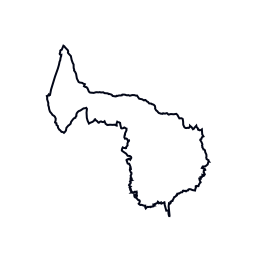 outline of Poieni, Cluj, Romania, rotated 74°
{"feature_id": "2599482B79403381618671", "entity_name": "Poieni", "entity_type": "district", "adm_level": 2, "iso_a3": "ROU", "parent_name": "Romania", "parent_adm1": "Cluj", "projection": "natural_earth1", "projection_center": [22.871, 46.852], "detail": "fine", "context": "isolated", "style": "outline", "palette": "ink", "viewbox_px": 256, "rotation_deg": 74, "n_neighbors": 0, "source": "geoboundaries", "source_scale": "gbopen_adm2", "svg_char_len": 5890}
<svg xmlns="http://www.w3.org/2000/svg" viewBox="0 0 256 256"><g transform="rotate(74 128 128)"><path d="M74.9,197.2L76.8,197.3L77.8,197.8L81.9,197.7L84.1,198.4L85.9,198.3L88.2,198.6L90.8,198.5L93.2,197.4L94.6,197.0L95.9,195.8L97.0,195.2L99.1,194.9L101.2,195.7L102.2,196.5L102.6,196.6L103.7,195.5L105.3,195.9L106.7,194.9L108.3,195.2L110.7,194.5L111.5,193.8L113.4,193.0L113.8,191.8L115.0,190.9L114.1,189.3L113.2,188.3L110.8,187.1L109.1,184.5L109.0,183.8L108.1,182.0L106.4,181.0L104.5,178.5L103.7,177.0L103.7,175.8L102.8,175.2L102.1,174.2L101.4,174.2L99.8,173.3L98.6,171.7L98.1,170.2L98.1,169.1L96.9,165.4L97.2,163.5L97.1,162.6L98.3,162.2L101.7,163.6L107.0,164.8L109.9,164.8L113.0,164.3L112.6,163.0L112.3,160.3L111.5,158.4L110.6,157.7L110.5,157.2L111.9,156.7L112.9,155.8L114.5,155.1L114.9,154.6L114.3,153.3L114.2,152.5L114.3,152.0L115.0,151.3L115.5,150.2L115.4,149.4L115.1,148.7L117.7,148.4L119.4,147.1L119.4,146.4L119.8,145.6L119.8,144.6L120.9,141.5L121.0,140.3L122.6,138.2L122.2,138.0L121.2,138.2L119.0,136.6L119.6,136.1L120.1,135.0L120.9,134.2L123.0,134.5L126.3,134.6L126.7,134.1L126.8,133.1L126.8,132.3L126.5,131.8L126.5,131.3L127.9,130.1L128.2,129.6L129.8,130.1L132.3,132.3L133.8,132.8L133.9,133.2L135.9,134.1L137.5,133.8L137.5,133.1L137.8,132.3L138.6,131.8L140.0,131.7L140.3,131.3L140.2,130.5L140.5,130.5L141.0,131.0L141.4,131.9L142.9,132.9L144.6,133.2L145.7,134.9L146.8,135.4L146.8,135.9L146.4,136.4L146.1,137.4L145.2,138.4L146.5,139.5L147.7,140.1L148.1,140.1L149.2,139.3L152.2,136.8L154.6,136.0L155.4,134.0L156.5,133.1L157.2,133.0L157.8,133.2L159.1,134.6L157.9,135.2L158.0,135.5L157.8,135.7L157.8,136.2L158.2,136.4L158.1,138.0L158.4,138.3L162.0,138.1L162.8,137.1L162.8,136.7L165.9,136.3L169.1,136.6L168.2,136.9L166.6,136.7L167.0,137.1L167.9,137.1L168.5,137.7L168.8,137.8L170.9,137.6L171.6,137.5L171.9,137.1L172.4,137.1L173.4,137.5L174.5,138.6L175.4,138.6L176.5,139.1L176.8,138.7L177.2,139.0L178.1,138.4L178.4,138.6L177.3,139.2L177.5,139.6L178.6,139.8L179.3,138.9L179.4,140.0L179.8,140.7L180.5,140.4L180.9,140.4L180.9,140.7L181.8,140.7L182.3,141.3L182.6,142.2L183.2,142.8L184.1,142.5L184.9,141.7L185.1,142.3L185.4,142.4L185.7,142.9L186.5,142.7L186.4,142.3L187.2,142.2L187.4,142.2L187.3,142.8L187.8,142.9L189.1,142.7L189.0,143.0L189.2,142.8L189.2,142.2L190.6,141.8L191.0,142.6L191.2,141.7L191.5,141.4L191.3,140.9L192.0,140.3L191.1,139.3L191.3,138.5L191.7,137.8L191.6,137.3L192.8,137.4L193.0,138.0L195.5,138.0L195.8,138.2L194.4,139.3L194.2,140.5L195.8,140.7L196.7,140.2L197.1,139.5L200.1,138.0L200.6,137.0L201.6,136.8L203.4,137.9L203.8,138.6L204.2,138.4L205.4,137.4L205.6,136.1L207.1,134.0L207.4,132.8L209.2,133.3L210.2,133.1L209.4,131.8L209.2,130.8L209.6,130.0L209.8,128.4L210.2,128.1L210.0,127.7L210.2,127.2L210.1,126.7L210.3,125.9L210.3,125.2L209.6,125.0L209.8,124.9L209.9,124.0L209.3,124.4L208.5,123.9L208.6,122.7L208.4,122.6L208.2,120.6L207.1,119.6L207.7,119.2L208.9,119.0L208.7,117.2L209.1,117.4L209.9,116.9L209.5,113.5L210.8,113.6L211.4,113.9L218.0,114.0L218.3,111.9L221.7,112.7L223.4,112.8L223.7,112.6L224.9,112.8L223.6,112.2L214.4,110.5L211.8,109.4L212.4,108.8L211.9,107.8L211.1,107.7L211.2,107.4L210.6,107.1L210.7,106.8L210.3,106.0L210.4,105.5L210.0,105.4L210.0,105.1L207.1,102.5L207.2,102.0L206.3,99.8L206.0,99.9L205.9,99.5L205.1,99.0L205.4,98.7L204.7,97.7L205.1,96.8L204.4,95.0L204.7,93.7L204.0,92.7L203.5,92.6L203.4,92.2L204.0,91.3L204.1,90.4L204.5,90.2L204.9,89.7L204.5,88.8L204.5,87.4L204.0,87.2L203.7,86.7L203.8,85.4L204.7,83.9L205.3,83.4L206.6,80.8L204.7,79.8L204.1,79.1L203.3,79.2L202.6,78.9L202.6,77.9L203.3,76.7L203.3,76.3L202.0,75.5L200.5,73.9L200.3,73.2L199.3,73.2L198.5,73.5L196.5,73.4L196.6,73.1L196.4,73.1L196.7,72.0L195.3,71.9L195.6,70.7L195.4,70.4L194.9,70.4L194.9,69.3L193.5,69.3L193.7,68.9L194.7,68.4L194.7,67.9L193.9,67.5L193.8,67.0L193.3,67.0L192.5,67.3L192.0,67.2L191.3,67.5L189.8,66.8L189.6,65.3L188.9,65.3L187.7,66.5L186.8,68.0L185.6,66.8L186.2,64.3L185.0,61.5L182.4,59.9L182.6,59.4L181.8,59.7L181.2,59.5L179.5,61.0L177.8,60.9L177.0,60.4L175.1,60.0L172.6,60.4L170.7,60.2L170.0,60.5L169.4,61.4L168.9,61.3L167.1,61.9L166.6,61.6L165.3,61.7L164.6,61.1L163.4,61.0L161.0,61.4L159.5,61.9L159.0,61.6L158.7,60.4L157.4,59.6L157.0,58.8L156.9,57.8L154.6,58.4L149.7,57.4L150.1,58.5L149.9,59.9L149.2,60.3L149.2,60.8L148.9,61.1L147.7,60.9L146.0,61.8L144.6,61.7L146.3,64.4L146.8,64.8L147.1,65.9L144.8,66.6L143.1,67.7L143.6,67.8L143.6,68.1L144.4,68.7L144.7,69.6L144.3,70.2L144.2,71.7L143.8,72.8L142.7,73.6L140.1,74.0L137.3,73.3L134.5,72.9L134.1,73.1L133.3,74.1L132.9,76.0L129.0,76.9L127.7,77.7L127.4,80.3L126.4,82.9L126.3,84.1L126.4,85.1L125.8,85.7L124.7,86.2L124.4,86.6L124.4,88.3L123.9,89.7L123.5,90.2L123.9,90.9L123.1,92.8L122.7,93.2L122.2,94.1L120.9,94.9L120.1,95.1L118.8,96.1L116.8,96.6L115.9,96.2L114.1,96.1L112.8,96.8L111.9,97.9L111.8,98.3L111.0,98.9L110.2,100.9L108.5,101.6L107.8,102.4L105.9,103.5L105.7,104.0L105.9,105.0L104.3,106.5L102.9,109.2L99.3,110.4L99.0,111.6L98.2,112.7L97.5,114.8L97.5,117.3L96.5,118.6L96.4,119.6L96.0,120.6L95.1,121.8L94.4,123.9L94.4,124.5L94.9,124.9L94.7,126.1L94.2,128.0L94.3,129.3L93.9,129.9L93.9,130.3L94.3,130.7L94.2,131.4L92.9,134.0L91.7,134.4L91.2,134.9L89.8,137.1L89.9,137.4L89.1,138.0L88.0,141.0L86.9,141.9L86.4,144.2L85.7,145.3L85.7,146.2L84.8,148.8L84.8,151.3L83.6,154.4L83.1,155.1L82.0,155.6L78.5,156.0L78.0,156.4L77.3,156.6L76.9,157.6L75.7,158.8L74.0,157.4L73.0,158.8L72.0,159.6L70.9,162.0L70.1,162.8L66.3,163.5L61.7,163.0L59.7,163.3L57.9,164.0L56.9,163.6L55.4,163.7L51.9,162.8L50.2,163.2L47.0,163.4L43.1,163.1L39.5,164.9L38.7,164.9L38.0,164.4L36.7,164.4L33.1,166.3L31.9,166.7L31.1,167.4L34.5,170.1L34.6,171.2L35.0,171.8L36.5,172.3L37.8,173.2L38.3,173.2L39.1,172.7L39.2,171.9L40.6,172.5L41.8,173.4L44.2,174.5L45.4,175.5L48.3,177.0L51.5,179.0L58.5,184.0L69.9,191.4L75.4,194.2L74.5,194.2L74.6,194.4L74.2,194.7L75.0,195.0L74.9,195.6L74.6,195.9L74.9,196.3L74.9,197.2Z" fill="none" stroke="#020617" stroke-width="2"/></g></svg>